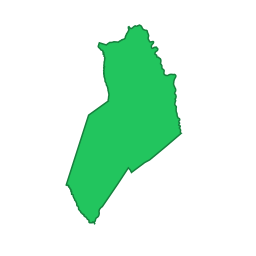 Guija, Gaza, Mozambique (Equal Earth projection), rotated 197°
{"feature_id": "85939544B1211152631593", "entity_name": "Guija", "entity_type": "district", "adm_level": 2, "iso_a3": "MOZ", "parent_name": "Mozambique", "parent_adm1": "Gaza", "projection": "equal_earth", "projection_center": [33.226, -24.142], "detail": "fine", "context": "isolated", "style": "filled", "palette": "green", "viewbox_px": 256, "rotation_deg": 197, "n_neighbors": 0, "source": "geoboundaries", "source_scale": "gbopen_adm2", "svg_char_len": 5825}
<svg xmlns="http://www.w3.org/2000/svg" viewBox="0 0 256 256"><g transform="rotate(197 128 128)"><path d="M170.4,55.4L169.7,55.3L169.3,55.6L169.1,55.5L168.6,55.5L168.2,55.7L167.9,55.5L167.9,55.2L167.9,54.9L167.6,54.6L167.3,54.2L166.8,54.3L166.0,53.5L165.8,53.0L165.5,52.8L165.2,52.8L165.0,52.5L164.7,52.5L164.5,51.9L164.4,51.8L164.3,51.3L164.2,51.3L164.0,51.0L163.8,51.0L163.8,50.6L163.4,50.6L163.3,50.3L163.1,50.2L163.1,49.6L162.8,49.1L162.7,48.5L162.5,48.4L162.4,48.1L162.2,48.1L161.5,48.2L161.2,48.1L160.8,47.6L160.4,46.5L159.9,46.1L159.6,45.5L158.4,44.6L158.0,43.6L156.5,42.7L155.3,41.2L155.1,41.1L154.9,40.9L154.7,40.0L154.2,39.0L153.9,38.7L153.0,38.6L152.6,38.2L152.0,37.4L151.8,36.8L151.7,36.4L151.5,35.9L150.1,34.9L148.9,34.3L148.7,34.1L148.4,33.5L148.1,33.3L147.3,33.1L146.5,32.5L145.6,32.3L145.1,32.4L144.8,32.2L144.8,31.8L144.3,31.1L143.5,30.9L143.1,30.6L142.1,30.5L141.3,29.9L140.9,29.7L140.2,28.9L139.3,28.7L138.4,28.3L138.0,27.7L137.9,27.4L137.9,26.8L137.6,26.4L136.9,26.2L136.5,26.3L136.3,26.5L135.8,26.5L135.5,26.7L135.1,26.7L134.4,27.0L134.3,27.3L134.3,27.7L134.1,27.9L133.9,27.9L133.6,27.9L132.5,27.3L132.1,26.7L131.8,26.5L131.5,26.4L132.9,27.9L132.3,29.0L132.2,29.5L132.2,30.4L132.3,31.2L132.3,31.8L132.2,32.3L131.8,33.0L131.0,33.9L130.5,35.1L130.4,35.6L130.4,36.7L130.5,37.7L130.7,38.3L131.4,39.9L131.5,41.5L131.4,42.0L130.7,43.8L130.4,44.3L130.0,44.8L129.6,45.3L121.6,71.0L116.1,89.8L116.0,90.0L115.4,89.5L114.3,89.0L113.5,88.4L112.4,87.2L112.0,86.9L111.7,86.5L101.9,99.9L98.0,103.8L86.0,122.1L75.6,138.5L76.1,138.6L76.4,138.8L76.7,139.3L76.9,140.2L77.0,141.0L77.3,141.7L77.8,142.2L78.8,142.9L78.9,143.3L78.9,143.6L78.6,144.0L78.5,144.3L78.5,144.6L78.6,144.9L79.0,145.4L79.9,145.4L80.3,145.6L80.4,146.0L80.4,146.6L80.1,147.4L80.1,147.8L81.1,148.5L81.4,149.1L81.4,149.6L81.0,150.2L80.9,150.8L81.0,151.2L81.5,151.9L82.0,152.1L82.7,152.1L83.2,152.4L84.6,154.1L85.3,156.0L86.4,157.4L86.8,158.1L87.2,159.1L87.4,159.9L87.8,161.0L87.8,161.7L88.0,162.4L88.2,162.7L89.1,163.2L89.7,163.7L90.1,164.1L90.2,164.3L90.3,164.7L90.5,166.4L90.4,168.0L90.7,168.5L91.5,169.4L91.4,169.7L91.1,170.2L91.1,170.5L91.1,171.4L91.3,172.4L91.8,173.2L92.3,173.9L93.4,174.4L93.6,175.1L93.7,175.6L93.4,176.6L93.3,177.3L93.4,177.9L93.7,178.8L94.0,179.3L94.4,179.8L94.8,180.0L95.6,181.1L96.2,181.7L96.9,182.6L97.3,183.4L97.5,184.1L97.5,184.6L97.7,185.3L97.9,186.7L97.8,188.5L97.3,190.8L97.4,191.7L97.6,192.0L97.8,192.3L98.3,192.6L98.8,192.8L99.3,192.8L99.7,192.7L100.4,192.2L101.5,192.2L102.9,191.8L103.8,191.3L104.2,191.0L104.8,190.3L105.2,189.9L106.2,189.5L106.8,189.5L107.6,189.3L108.5,189.7L109.3,190.1L109.5,190.4L109.8,191.1L110.0,192.2L110.1,193.0L110.2,193.4L110.8,194.1L111.1,194.2L112.1,194.6L112.6,194.6L112.8,194.9L113.2,195.6L113.9,197.6L114.9,198.5L115.4,198.6L115.6,198.8L115.7,199.0L116.1,201.6L116.4,202.4L116.8,203.1L117.3,203.6L117.5,203.7L118.5,203.9L119.0,204.3L119.9,204.5L120.2,204.5L120.9,204.3L121.2,204.4L121.3,204.6L121.7,205.6L122.0,206.0L122.6,206.2L122.8,206.3L123.5,206.4L123.8,206.6L124.0,206.8L124.1,208.0L124.1,208.4L123.6,209.3L123.3,209.8L122.9,210.2L122.5,210.9L122.5,211.3L122.5,211.9L122.9,212.7L123.6,213.0L124.0,212.9L124.3,213.1L124.5,213.6L125.3,213.4L125.6,213.1L126.3,212.9L126.4,212.7L126.7,212.6L127.2,211.8L127.7,211.4L128.3,211.2L128.6,211.4L129.4,212.5L129.6,213.5L129.5,214.3L129.1,215.5L128.7,216.1L128.6,216.9L128.6,217.4L128.8,217.9L129.0,218.0L129.3,218.0L129.7,217.9L131.3,217.0L132.0,216.7L132.4,217.0L133.2,217.5L133.8,218.2L134.4,218.7L134.8,219.2L135.0,219.8L135.1,220.1L135.2,222.2L135.6,223.0L136.5,224.1L136.7,224.5L137.3,224.9L137.8,226.1L138.1,226.5L138.7,226.8L140.4,226.5L141.9,226.7L142.3,226.8L143.2,227.4L143.5,227.7L144.0,228.2L144.7,229.0L145.5,229.5L147.1,229.8L147.3,229.7L148.2,228.8L148.6,228.6L149.1,228.0L150.1,227.7L150.9,227.8L151.4,227.4L152.6,225.8L152.7,225.4L153.0,225.0L153.9,224.1L154.5,224.0L155.0,224.1L155.8,224.5L156.7,225.2L156.9,225.0L157.2,224.6L156.5,222.9L155.9,222.5L155.9,221.6L156.3,219.4L156.6,218.3L156.9,217.8L156.8,217.4L157.2,214.8L157.0,213.5L157.2,212.5L157.6,212.0L158.2,211.5L158.6,211.4L159.2,210.7L159.8,210.5L160.5,209.4L161.4,208.7L162.4,207.2L163.3,207.1L166.4,206.4L166.9,206.2L167.5,205.7L169.2,204.8L169.9,204.7L170.4,204.5L170.7,204.3L170.9,203.9L171.3,203.5L172.3,202.2L173.0,201.1L180.3,201.1L180.3,200.5L180.4,199.6L180.3,198.6L180.4,197.7L180.3,197.3L180.1,196.9L179.7,196.6L179.0,196.2L178.0,195.8L177.0,194.9L175.9,194.7L174.8,194.6L174.6,194.3L174.2,193.3L174.1,193.2L173.7,193.3L173.6,193.2L173.5,192.9L173.4,192.7L173.1,192.6L173.1,192.4L173.3,192.3L173.5,191.8L173.4,191.4L173.1,191.2L172.7,191.3L172.4,191.1L171.9,190.2L171.9,189.6L171.6,189.5L171.3,189.2L171.1,189.1L170.7,188.5L170.7,188.3L170.5,188.0L170.4,187.8L170.6,187.3L170.4,187.1L170.2,186.0L170.1,185.8L170.0,184.9L170.1,184.6L170.1,184.2L169.8,183.8L169.9,183.6L169.9,183.4L169.6,182.9L169.6,182.0L169.4,181.4L169.3,180.6L168.9,180.2L169.0,180.2L168.9,179.6L168.8,179.2L168.7,179.1L168.9,178.9L168.7,178.6L168.6,178.4L168.4,178.2L168.5,177.8L168.3,177.6L168.1,177.5L168.1,177.4L168.0,177.0L168.1,176.7L168.1,175.9L168.0,175.6L167.7,175.5L167.5,174.9L167.5,174.4L167.2,173.8L167.3,173.7L167.2,173.4L167.2,173.2L167.0,172.8L166.8,172.8L166.7,172.1L166.6,171.8L166.3,171.6L166.2,171.2L166.1,171.3L166.0,171.2L166.0,170.5L165.7,170.3L165.6,169.7L165.2,169.4L165.1,169.0L164.7,168.6L164.3,168.0L164.1,167.1L163.7,166.6L163.5,165.8L162.1,164.6L161.6,163.8L161.4,163.1L161.0,162.6L160.9,162.4L160.6,162.3L160.2,162.0L159.8,161.4L159.4,160.8L159.1,160.6L158.9,159.9L158.3,158.9L158.2,158.3L157.9,158.0L157.3,156.9L156.8,156.0L156.7,155.7L156.4,155.5L155.8,153.7L155.7,152.4L155.6,152.1L155.6,151.8L155.5,151.4L155.3,151.1L155.3,150.9L155.3,150.1L155.1,148.8L154.7,148.1L169.4,128.8L170.4,55.4Z" fill="#22c55e" stroke="#15803d" stroke-width="1.5"/></g></svg>